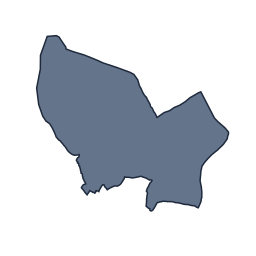 Ogbomosho South, Oyo, Nigeria, rotated 191°
{"feature_id": "59680162B1338580155275", "entity_name": "Ogbomosho South", "entity_type": "district", "adm_level": 2, "iso_a3": "NGA", "parent_name": "Nigeria", "parent_adm1": "Oyo", "projection": "equal_earth", "projection_center": [4.225, 8.102], "detail": "fine", "context": "isolated", "style": "filled", "palette": "slate", "viewbox_px": 256, "rotation_deg": 191, "n_neighbors": 0, "source": "geoboundaries", "source_scale": "gbopen_adm2", "svg_char_len": 4627}
<svg xmlns="http://www.w3.org/2000/svg" viewBox="0 0 256 256"><g transform="rotate(191 128 128)"><path d="M28.7,143.3L32.8,146.6L41.2,151.5L45.0,154.2L63.4,177.4L65.4,176.1L73.0,169.5L76.9,164.7L81.5,160.3L86.5,157.0L90.5,152.9L95.4,150.1L101.5,143.9L102.2,144.8L102.8,145.7L103.7,146.9L104.8,148.1L105.5,148.7L105.7,148.8L105.9,149.1L106.3,149.7L107.1,150.8L107.9,152.0L108.5,152.5L108.8,152.6L109.2,152.8L109.8,153.3L110.3,154.1L110.5,154.6L110.7,155.2L111.6,156.3L112.3,157.2L113.0,158.0L113.6,158.8L114.3,159.5L114.9,160.4L115.8,161.7L116.4,162.0L117.1,162.5L117.5,162.8L118.1,163.3L118.7,163.9L119.5,164.8L120.9,166.5L122.2,168.4L122.9,169.5L124.6,171.3L127.7,177.2L132.4,181.7L136.5,183.0L149.5,185.1L164.8,187.1L170.2,188.4L175.4,189.5L184.9,191.3L196.5,192.5L203.8,193.7L204.6,195.7L207.4,198.4L210.5,201.5L213.0,204.1L215.9,205.0L224.8,202.5L227.8,182.7L225.3,169.0L225.3,149.7L220.1,133.9L214.0,123.4L209.8,119.1L205.8,117.3L202.6,113.9L198.8,108.8L196.7,105.4L194.4,103.6L193.2,102.7L192.2,102.6L190.9,101.4L189.2,100.1L188.5,99.5L188.2,99.1L187.4,98.6L185.8,97.3L184.0,95.4L182.2,93.7L180.2,92.5L177.7,91.4L175.5,91.0L173.0,91.7L171.5,92.2L171.0,92.6L170.7,92.2L170.6,91.3L170.8,89.9L171.7,89.2L172.1,88.5L172.1,87.8L172.4,87.4L172.5,87.0L172.5,86.5L172.4,86.2L172.1,85.9L171.9,85.7L171.6,85.4L171.3,85.3L171.0,85.2L170.9,85.0L170.8,84.9L170.7,84.8L170.8,84.6L170.9,84.4L171.0,84.1L170.7,83.9L170.4,83.9L170.0,83.8L169.9,83.6L169.5,83.4L169.4,83.0L169.3,82.6L169.2,82.3L169.1,82.0L169.0,81.6L168.8,81.4L168.7,81.3L168.4,81.3L168.2,81.2L168.1,80.9L168.0,80.7L167.8,80.3L167.7,80.1L167.7,79.9L167.6,79.6L167.4,79.4L167.3,79.2L167.1,79.1L167.0,78.9L166.9,78.6L166.8,78.3L166.7,77.9L166.6,77.7L166.6,77.3L166.4,77.0L166.1,76.7L165.9,76.3L165.7,76.1L165.6,74.8L164.2,74.3L163.9,73.5L163.7,72.4L162.9,71.0L162.8,70.8L162.6,70.4L162.5,70.2L162.5,69.9L162.5,69.7L162.3,69.5L162.0,69.3L161.7,69.1L161.6,68.9L161.4,68.7L161.3,68.4L161.1,68.0L161.0,67.7L160.8,67.4L160.6,67.2L159.3,66.0L158.9,65.0L160.6,64.1L161.2,63.5L161.8,62.2L162.4,60.6L161.5,59.7L159.7,58.4L158.0,56.6L155.4,54.6L155.1,55.4L154.4,57.0L154.0,57.7L153.8,58.4L153.5,59.2L153.2,59.1L152.7,59.0L152.3,58.8L151.8,58.6L151.4,58.6L150.9,58.5L150.4,58.2L149.8,58.1L149.4,58.1L149.0,58.1L148.6,58.0L148.5,57.9L148.1,57.7L147.9,58.1L147.8,58.5L147.9,58.8L147.8,59.4L147.7,59.4L147.4,59.4L147.4,59.6L147.4,59.9L147.2,59.9L147.2,60.4L146.7,60.4L145.8,60.4L145.1,60.3L144.5,60.0L144.4,60.6L144.3,61.2L144.1,62.2L143.9,62.8L143.2,64.7L142.8,65.9L142.6,66.5L142.0,67.1L141.8,67.5L141.4,67.6L141.0,67.7L140.7,67.7L140.5,67.2L140.1,66.6L139.8,66.2L139.4,65.8L138.8,65.3L138.2,64.9L137.5,64.4L136.9,63.6L136.5,63.4L136.1,63.9L135.6,64.5L134.7,65.2L133.8,66.0L132.7,66.7L132.1,67.3L131.7,67.5L130.6,68.3L130.1,68.6L129.0,68.8L128.5,68.8L128.3,68.8L127.6,68.9L126.8,69.2L126.3,69.7L125.9,70.0L125.6,70.3L124.9,71.1L124.3,72.0L123.7,73.4L123.2,74.5L123.1,74.8L122.8,75.7L122.7,75.9L122.3,76.9L122.0,78.1L122.0,79.3L121.6,79.2L120.3,79.3L119.7,79.4L118.8,79.6L117.7,79.7L117.2,79.8L115.9,79.8L115.1,79.7L114.4,79.8L113.3,80.1L112.7,80.3L111.8,80.7L110.9,81.0L109.8,81.5L108.7,81.9L108.1,82.1L107.4,82.6L106.6,82.9L106.2,83.0L105.2,83.0L104.1,82.7L103.2,82.6L101.9,82.4L100.9,82.3L99.2,81.8L98.3,81.5L97.1,81.0L96.8,81.0L96.1,81.4L95.1,81.4L94.6,81.2L94.4,81.1L94.9,79.6L95.7,78.6L96.2,77.1L96.5,76.1L96.6,75.1L97.0,74.0L97.3,73.0L97.6,72.2L97.7,71.3L97.8,70.4L97.9,69.5L97.5,69.2L97.3,69.0L96.7,68.3L96.4,67.4L96.5,65.6L96.3,63.9L96.2,61.5L95.7,59.1L95.3,54.7L92.6,53.2L92.2,53.0L91.9,52.9L91.7,52.9L91.4,53.0L91.2,52.8L91.0,52.5L91.0,52.4L90.9,52.1L90.9,51.6L90.7,51.4L90.4,51.2L89.8,51.0L89.3,51.0L89.0,51.2L88.5,51.6L88.2,51.9L87.8,52.5L87.1,54.2L86.5,55.9L86.2,56.8L85.7,58.4L85.3,59.8L84.8,60.5L83.9,60.7L82.5,61.7L81.4,61.8L80.5,62.5L79.9,62.7L79.0,62.9L77.9,63.0L76.1,63.3L75.1,63.2L74.4,63.5L73.2,63.6L71.5,64.0L69.7,64.1L68.9,64.1L68.6,64.0L67.9,63.9L67.4,63.8L67.0,63.8L66.5,63.9L65.8,64.0L65.3,64.1L64.7,64.1L64.3,64.0L63.6,64.1L63.1,64.2L62.7,64.1L61.9,64.1L61.1,64.0L60.3,63.9L59.7,63.9L58.4,63.8L57.6,63.9L57.0,63.9L56.6,64.1L56.1,64.0L55.5,64.1L55.4,64.1L55.0,64.2L54.5,64.3L54.3,64.5L54.0,64.3L53.6,64.2L53.1,64.2L52.7,64.2L52.1,64.1L51.5,64.0L50.8,64.1L50.3,64.1L49.6,64.1L49.1,64.1L48.8,64.3L48.4,64.3L47.8,64.3L47.0,64.0L46.3,63.7L45.7,63.4L44.4,63.1L43.8,63.1L42.6,68.4L42.3,70.2L42.6,71.5L42.3,73.7L43.3,79.2L44.8,84.2L45.9,86.8L47.2,90.0L47.8,96.0L48.2,99.5L48.1,102.6L48.1,104.5L46.3,108.7L43.6,113.4L40.7,117.8L38.1,120.9L36.1,123.2L31.3,130.1L28.5,136.3L28.6,138.6L28.2,141.5L28.7,143.3Z" fill="#64748b" stroke="#1e293b" stroke-width="1.5"/></g></svg>